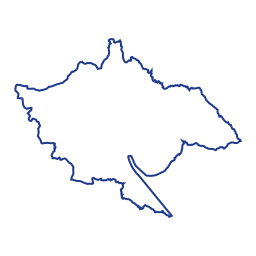 outline of Mampikony, Sofia, Madagascar
{"feature_id": "10022922B54995100782210", "entity_name": "Mampikony", "entity_type": "district", "adm_level": 2, "iso_a3": "MDG", "parent_name": "Madagascar", "parent_adm1": "Sofia", "projection": "albers", "projection_center": [47.723, -16.182], "detail": "fine", "context": "isolated", "style": "outline", "palette": "blue", "viewbox_px": 256, "rotation_deg": 0, "n_neighbors": 0, "source": "geoboundaries", "source_scale": "gbopen_adm2", "svg_char_len": 5769}
<svg xmlns="http://www.w3.org/2000/svg" viewBox="0 0 256 256"><path d="M240.6,141.0L239.9,139.6L238.4,139.0L237.7,138.4L237.2,137.4L236.9,134.6L235.8,133.6L235.4,131.8L234.6,130.7L234.2,129.3L232.6,128.8L232.1,128.4L230.8,125.0L229.4,124.7L228.6,123.6L228.0,122.2L226.9,122.5L225.6,121.8L223.0,118.9L222.1,117.3L220.8,115.9L220.5,115.9L219.7,116.7L219.6,117.5L218.6,114.0L217.7,113.1L217.6,109.8L216.5,109.0L215.7,108.0L214.5,107.4L214.0,106.6L213.1,106.3L211.9,105.0L209.4,103.4L206.1,99.9L204.9,96.9L201.7,94.1L201.4,90.4L200.3,89.5L200.0,88.4L199.4,87.8L198.9,87.7L194.9,88.5L193.8,88.3L192.5,88.5L191.8,87.7L190.4,88.5L189.4,90.2L187.8,87.9L187.8,87.1L187.6,86.8L186.7,87.2L186.5,86.6L185.9,86.9L185.1,86.1L183.5,86.1L183.1,85.6L180.7,84.7L179.8,85.2L179.7,86.0L179.2,86.2L178.8,85.8L177.8,85.6L177.2,85.1L176.2,85.6L175.3,85.2L173.8,86.3L172.9,86.1L172.6,85.7L171.6,86.1L170.5,85.8L170.1,86.6L168.7,86.6L166.8,88.3L164.9,88.8L164.0,88.7L163.6,88.4L163.3,87.5L162.7,87.3L163.1,86.4L162.3,85.6L162.2,83.4L161.6,83.5L161.0,83.1L160.3,83.6L159.9,83.2L159.8,82.2L159.2,81.6L158.6,81.8L158.4,81.3L157.3,81.9L157.2,82.5L157.0,82.4L157.0,81.8L155.5,82.1L155.7,80.8L154.9,80.1L153.3,81.0L153.1,80.8L152.4,79.4L152.7,78.2L152.3,77.9L152.6,77.1L152.5,76.9L151.9,77.0L150.8,75.9L151.0,74.4L151.7,73.7L151.3,72.9L151.4,72.6L151.0,72.1L151.6,71.3L151.6,70.4L150.3,72.2L149.1,72.9L148.3,72.8L147.8,72.1L148.2,70.5L147.9,69.8L144.7,68.9L143.0,68.7L141.2,64.4L140.1,63.2L139.1,62.5L138.9,61.3L137.9,60.2L136.6,60.1L135.4,58.8L133.0,58.0L132.4,57.0L130.9,57.5L130.7,59.2L131.2,59.9L131.1,60.5L130.2,60.8L128.6,60.5L127.2,62.0L126.1,62.5L125.4,62.3L124.5,61.6L122.9,57.5L123.0,55.3L122.8,52.4L121.4,50.0L121.4,48.9L122.0,47.1L121.8,46.6L120.9,46.0L121.0,44.2L120.7,42.0L120.1,40.4L119.6,40.5L118.8,41.8L116.9,41.7L115.1,42.7L114.2,42.3L113.6,39.5L113.3,39.2L110.2,39.2L108.8,40.2L108.9,41.2L109.8,41.8L110.6,43.4L109.8,43.4L109.6,43.7L109.9,44.0L109.4,44.9L109.1,46.4L109.1,47.2L108.9,47.3L108.5,47.0L108.2,47.5L108.6,48.3L108.7,49.7L109.2,52.1L108.8,54.8L108.5,55.6L107.6,56.3L107.5,57.6L106.7,58.5L105.1,59.4L104.0,60.5L102.4,63.7L101.8,64.2L101.4,67.3L101.0,68.3L97.7,68.8L96.3,66.1L95.4,65.1L90.7,63.0L89.4,63.2L87.8,62.9L85.8,63.7L84.8,63.8L82.7,62.6L82.1,61.7L81.1,62.1L80.0,62.2L79.2,63.0L78.2,64.5L77.4,68.3L76.3,69.8L73.1,71.9L72.4,71.6L71.7,72.0L70.9,72.9L70.4,74.0L67.9,76.3L67.7,78.0L67.1,79.3L64.4,81.2L63.0,82.6L62.1,82.9L57.0,84.3L51.6,86.4L49.4,86.8L48.9,86.7L47.8,87.8L46.0,89.1L39.3,90.7L37.3,90.0L35.9,89.9L34.0,88.6L28.3,88.8L27.5,88.5L27.2,86.1L23.8,86.1L19.7,84.9L18.7,85.1L17.3,84.7L16.6,84.9L16.1,85.5L15.6,87.3L15.4,88.6L15.4,90.5L18.2,93.3L18.5,94.5L17.8,97.1L17.8,98.1L22.2,98.4L22.5,98.9L23.2,104.9L23.8,106.5L25.5,108.2L26.8,108.9L28.8,108.2L31.4,107.9L31.6,108.9L31.0,110.4L29.7,111.3L27.8,113.3L29.8,115.5L29.9,116.5L29.3,117.1L28.7,118.7L29.0,119.8L30.1,120.8L31.0,121.0L31.6,120.6L32.5,118.7L33.3,118.7L35.9,119.7L36.4,120.2L36.7,121.4L38.4,122.0L38.9,122.5L39.0,123.9L39.9,125.3L39.9,125.8L39.8,126.3L38.2,128.6L38.7,132.4L37.9,136.1L40.7,140.2L41.3,142.9L42.2,143.5L44.3,143.0L45.8,143.1L46.6,142.8L47.7,142.8L50.7,143.2L53.7,143.1L54.8,143.6L55.0,144.0L54.3,144.7L54.2,145.6L55.1,146.4L55.6,147.2L55.3,147.8L54.4,148.2L55.0,149.0L54.4,150.1L54.5,151.2L53.3,151.8L51.7,154.7L51.6,155.3L52.3,157.0L52.5,158.1L53.0,158.4L54.3,157.9L57.3,159.0L59.2,157.6L60.0,158.4L60.2,159.6L61.3,159.9L62.8,158.9L64.5,158.4L65.1,158.5L66.6,159.7L68.9,162.5L71.1,163.8L72.9,166.1L73.4,167.6L73.2,169.3L73.4,173.5L73.1,174.5L71.8,177.0L71.2,179.6L73.0,179.6L74.2,180.3L76.3,180.8L80.3,181.1L84.3,182.9L87.9,184.0L89.0,183.6L90.5,183.9L91.6,183.6L92.1,183.8L93.1,183.4L93.1,182.3L92.2,179.2L92.5,178.2L93.2,177.9L94.0,178.0L94.9,178.8L96.2,179.3L98.4,179.8L101.2,178.8L101.3,180.0L101.9,180.3L102.8,180.2L103.4,180.5L104.9,180.2L105.9,180.4L108.0,179.1L108.9,179.7L110.0,179.2L110.5,180.2L111.1,179.8L111.9,179.8L112.3,179.3L113.1,179.0L115.3,179.7L115.6,180.0L115.7,181.4L116.2,182.2L117.1,182.3L118.0,181.8L119.0,182.9L119.6,183.2L120.6,182.9L122.0,183.4L123.8,183.3L122.7,184.4L123.1,186.5L122.4,188.4L120.9,189.4L121.1,191.3L121.7,192.2L121.3,193.3L121.4,194.2L121.9,194.5L122.6,194.6L121.7,195.7L121.9,196.2L121.7,196.9L122.5,197.6L122.3,198.4L122.5,198.7L123.3,198.7L124.3,198.1L126.0,199.0L129.2,199.3L131.6,201.0L132.3,202.2L134.6,203.4L137.1,205.7L138.3,205.8L138.2,207.1L138.7,207.3L140.6,207.4L140.8,207.6L139.8,208.6L139.9,209.0L140.9,208.5L141.7,209.0L142.7,208.7L143.3,208.0L143.4,206.8L145.3,205.1L147.0,206.2L148.6,206.6L149.5,207.4L150.7,208.0L151.4,208.9L153.2,209.4L154.4,211.0L155.0,211.3L155.0,212.2L155.3,212.3L156.9,211.9L159.6,212.2L161.2,212.0L162.3,211.1L162.9,211.1L163.3,212.0L163.1,212.7L165.1,213.5L166.5,215.1L168.3,215.4L169.2,216.8L171.7,215.8L138.3,174.9L136.7,173.6L132.9,168.3L131.4,165.6L129.3,160.8L128.2,157.1L128.5,156.2L131.0,156.0L131.5,156.3L134.1,162.9L136.1,166.3L146.4,175.6L151.2,175.9L155.8,175.2L164.9,170.9L166.6,168.4L167.7,167.6L170.6,162.7L171.9,161.1L174.3,160.3L174.8,158.8L174.6,157.9L175.6,157.6L175.9,156.5L176.9,155.8L177.2,155.3L178.2,154.6L178.5,154.1L179.0,154.0L179.5,154.6L180.6,153.5L181.6,151.4L181.5,150.6L181.9,150.0L182.3,148.1L182.2,146.8L182.4,145.7L182.6,145.0L183.6,143.9L183.4,142.1L182.6,140.9L183.9,141.5L185.0,141.5L185.3,142.5L186.9,142.8L187.5,144.6L187.8,144.9L190.5,144.9L191.4,144.6L191.8,145.0L192.3,144.9L195.9,143.0L197.6,143.9L198.4,145.1L200.6,145.9L203.6,145.9L205.7,147.6L207.4,148.1L208.2,148.7L213.4,149.1L215.7,150.2L217.0,148.8L219.4,147.9L220.4,147.1L222.1,147.1L222.8,147.4L223.7,148.5L224.7,148.4L225.7,147.1L226.6,146.5L228.1,144.0L231.6,142.4L232.9,142.4L234.6,143.0L236.5,143.0L237.9,142.7L239.4,141.2L240.6,141.0Z" fill="none" stroke="#1e3a8a" stroke-width="2"/></svg>